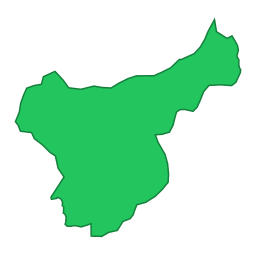 Ethiope East, Delta, Nigeria
{"feature_id": "59680162B29085579275088", "entity_name": "Ethiope East", "entity_type": "district", "adm_level": 2, "iso_a3": "NGA", "parent_name": "Nigeria", "parent_adm1": "Delta", "projection": "orthographic", "projection_center": [6.0, 5.695], "detail": "fine", "context": "isolated", "style": "filled", "palette": "green", "viewbox_px": 256, "rotation_deg": 0, "n_neighbors": 0, "source": "geoboundaries", "source_scale": "gbopen_adm2", "svg_char_len": 1559}
<svg xmlns="http://www.w3.org/2000/svg" viewBox="0 0 256 256"><path d="M235.9,82.3L240.4,72.5L240.6,69.4L239.6,68.2L238.8,64.8L238.9,59.9L237.1,56.8L237.0,55.7L238.4,50.0L237.5,45.6L235.6,42.0L232.0,35.9L227.1,38.4L216.5,31.7L214.5,19.6L207.9,31.8L204.9,39.1L200.4,46.9L199.4,48.0L194.3,53.6L184.6,58.0L181.1,59.6L179.4,59.4L170.7,67.8L161.1,72.6L157.7,74.0L154.3,75.7L147.9,75.8L144.9,75.8L143.3,75.8L139.4,75.9L136.3,75.9L130.5,77.8L128.0,78.6L118.7,83.3L111.1,88.0L102.1,87.5L93.9,86.1L80.8,89.3L68.7,87.8L63.1,80.1L55.0,71.4L43.4,76.7L41.4,84.3L34.3,85.5L26.7,88.2L24.4,93.4L23.7,94.9L20.7,103.2L19.3,112.1L16.8,118.3L15.4,121.6L18.2,125.3L20.4,131.2L31.6,132.6L34.3,138.6L42.4,144.8L50.0,152.4L55.4,155.9L58.1,168.2L64.0,177.0L51.0,197.2L51.4,199.3L56.7,198.4L57.1,197.5L58.8,197.8L61.0,199.1L62.2,201.3L62.6,203.8L62.1,205.2L62.5,205.8L63.7,207.1L63.5,211.8L63.3,213.1L64.2,213.6L64.9,214.0L65.5,215.6L66.0,216.7L66.3,218.0L65.8,219.5L65.9,221.8L65.1,224.3L67.2,226.2L67.6,226.1L68.7,226.3L69.9,226.2L71.2,226.3L72.9,225.8L75.7,225.7L81.2,226.9L86.5,225.3L91.0,223.7L91.2,236.1L101.7,236.4L108.7,232.4L117.3,230.4L123.0,221.4L130.1,218.7L133.2,214.7L134.7,210.2L136.8,204.8L146.0,202.2L151.4,198.7L155.1,196.4L162.1,189.6L168.1,182.3L168.5,175.6L168.6,174.5L167.6,163.7L165.0,154.4L157.9,142.0L155.3,134.8L159.0,134.5L162.2,134.3L169.4,132.2L173.0,125.4L175.0,117.4L176.5,112.1L179.8,109.7L184.4,109.4L193.1,111.3L197.1,107.2L200.2,100.3L203.7,91.6L209.0,85.4L220.4,84.8L231.6,85.6L235.9,82.3Z" fill="#22c55e" stroke="#15803d" stroke-width="1.5"/></svg>